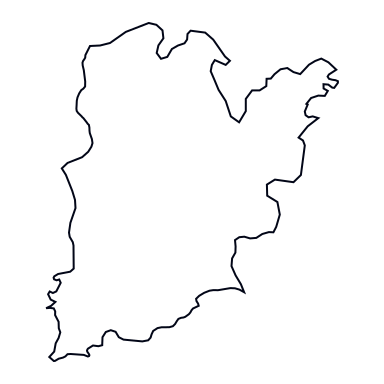 outline of Bács-Kiskun
{"feature_id": "HUN-3161", "entity_name": "Bács-Kiskun", "entity_type": "County", "adm_level": 1, "iso_a3": "HUN", "parent_name": "Hungary", "parent_adm1": "", "projection": "natural_earth1", "projection_center": [19.36, 46.529], "detail": "fine", "context": "isolated", "style": "outline", "palette": "ink", "viewbox_px": 384, "rotation_deg": 0, "n_neighbors": 0, "source": "natural_earth", "source_scale": "10m", "svg_char_len": 2699}
<svg xmlns="http://www.w3.org/2000/svg" viewBox="0 0 384 384"><path d="M244.1,292.2L239.4,289.6L235.0,288.3L230.4,288.1L218.0,290.2L213.4,290.1L209.5,290.7L204.2,292.8L199.2,295.8L196.1,298.8L196.5,301.1L198.1,303.6L198.7,305.8L193.0,308.5L191.5,310.3L190.4,312.4L188.9,314.2L185.3,316.8L183.5,317.5L181.1,317.8L178.4,318.9L176.7,321.3L175.1,324.0L172.9,326.2L169.3,327.2L161.4,327.3L157.5,328.1L155.7,329.3L153.2,330.9L151.6,334.3L150.6,337.6L148.2,340.3L142.3,341.4L123.5,339.6L118.8,337.2L115.6,331.8L110.8,330.2L105.8,332.0L102.5,337.2L102.2,345.2L98.4,346.2L93.0,345.5L87.9,348.7L87.3,349.7L87.0,350.7L87.3,351.7L88.9,354.0L89.4,355.1L89.1,356.0L87.9,356.5L83.8,354.9L70.7,354.0L67.5,354.2L65.4,356.4L63.0,357.6L58.7,358.7L55.0,360.9L53.8,361.0L53.7,360.9L49.3,357.0L54.2,351.6L55.7,343.3L58.6,338.0L60.3,332.3L58.8,328.3L58.6,321.8L55.1,315.1L55.2,311.4L53.8,308.4L50.0,307.9L46.1,308.2L51.0,305.9L55.4,301.9L50.7,299.6L48.1,294.2L49.7,291.5L52.9,293.0L56.3,291.4L60.7,282.8L59.2,279.5L56.6,280.3L54.1,279.3L53.6,277.7L54.3,276.3L58.1,274.0L70.2,271.7L73.7,268.6L73.5,245.5L72.8,242.2L69.7,236.8L69.0,232.6L70.4,222.8L75.5,208.1L75.0,199.9L72.3,191.0L65.9,174.9L61.8,168.4L67.6,162.9L82.1,157.2L88.2,151.8L91.4,146.7L92.5,143.1L91.9,139.1L89.8,133.1L89.5,130.7L89.4,127.6L88.9,124.9L87.6,123.7L86.9,122.6L83.3,118.0L82.4,117.3L81.6,116.3L77.9,112.7L76.7,110.9L76.4,108.7L76.6,105.1L76.8,100.7L77.5,97.4L79.2,93.4L81.3,90.1L83.3,88.7L85.1,86.5L85.2,81.5L83.8,70.2L82.7,65.5L82.5,62.7L83.1,60.9L84.2,59.4L85.2,57.7L85.4,55.1L90.0,46.0L100.1,45.5L110.0,43.0L125.8,31.9L148.7,23.0L156.4,24.8L162.5,30.4L163.4,38.3L158.4,45.4L156.7,53.0L161.0,58.8L167.3,56.9L171.9,49.0L178.0,45.5L184.5,43.3L187.1,39.5L187.5,34.0L190.6,30.7L205.2,32.6L213.2,39.6L225.0,56.5L229.9,60.8L225.7,64.9L214.8,60.1L211.9,64.9L210.7,71.2L214.4,79.8L218.6,89.9L225.7,101.0L230.8,116.4L239.1,122.3L245.8,111.1L245.8,98.9L252.1,90.4L259.6,90.4L266.3,86.1L266.6,78.8L270.8,78.6L274.5,74.2L280.5,69.3L287.2,68.0L293.5,72.1L300.2,74.1L309.0,64.7L315.1,61.0L321.3,58.6L328.4,62.3L336.3,69.7L328.9,74.5L327.6,76.6L329.0,78.8L332.1,79.7L335.5,80.2L337.9,81.2L337.9,82.8L334.2,87.9L332.2,87.6L328.3,84.6L323.5,84.2L323.6,88.5L327.8,90.9L324.8,95.9L318.3,95.6L311.1,98.0L306.4,103.9L307.7,104.5L304.8,111.5L305.6,115.2L308.6,117.3L312.7,116.4L318.3,118.1L307.7,126.3L298.6,137.6L303.0,140.5L304.8,145.4L300.9,175.0L293.5,182.2L274.9,179.6L266.9,184.6L267.2,195.7L277.4,202.0L279.8,214.6L276.2,226.9L273.4,232.3L268.9,232.1L262.3,234.0L256.3,237.9L250.1,238.4L244.3,236.7L239.3,237.2L235.0,240.1L235.6,246.5L235.4,252.6L232.1,258.4L231.5,266.1L235.6,275.4L240.9,284.2L244.1,292.2Z" fill="none" stroke="#020617" stroke-width="2"/></svg>